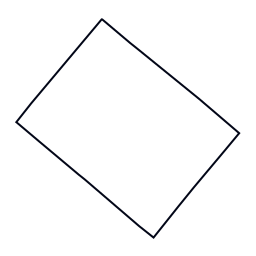 the district of Shelby, Indiana, United States of America, rotated 310°
{"feature_id": "52423323B30392961405034", "entity_name": "Shelby", "entity_type": "district", "adm_level": 2, "iso_a3": "USA", "parent_name": "United States of America", "parent_adm1": "Indiana", "projection": "robinson", "projection_center": [-85.79, 39.523], "detail": "fine", "context": "isolated", "style": "outline", "palette": "ink", "viewbox_px": 256, "rotation_deg": 310, "n_neighbors": 0, "source": "geoboundaries", "source_scale": "gbopen_adm2", "svg_char_len": 356}
<svg xmlns="http://www.w3.org/2000/svg" viewBox="0 0 256 256"><g transform="rotate(310 128 128)"><path d="M172.8,216.6L195.5,216.5L196.0,164.0L194.7,82.8L194.5,75.3L194.6,38.5L194.3,38.0L84.6,38.0L60.7,38.7L60.6,68.8L60.6,120.3L60.8,127.9L60.0,199.5L60.5,218.0L100.2,217.0L124.8,216.6L172.8,216.6Z" fill="none" stroke="#020617" stroke-width="2"/></g></svg>